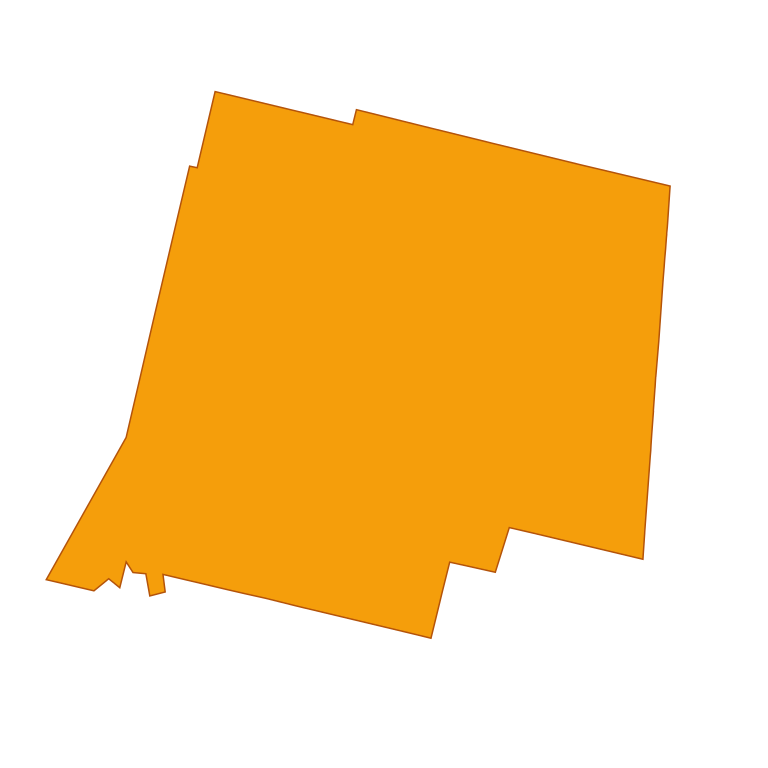 outline of Washington, Arkansas, United States of America, rotated 192°
{"feature_id": "52423323B11717840957677", "entity_name": "Washington", "entity_type": "district", "adm_level": 2, "iso_a3": "USA", "parent_name": "United States of America", "parent_adm1": "Arkansas", "projection": "albers", "projection_center": [-94.296, 35.993], "detail": "fine", "context": "isolated", "style": "filled", "palette": "amber", "viewbox_px": 768, "rotation_deg": 192, "n_neighbors": 0, "source": "geoboundaries", "source_scale": "gbopen_adm2", "svg_char_len": 959}
<svg xmlns="http://www.w3.org/2000/svg" viewBox="0 0 768 768"><g transform="rotate(192 384 384)"><path d="M94.3,266.4L98.0,292.3L98.2,293.4L108.5,368.4L109.2,374.0L110.2,380.3L111.6,390.0L114.8,413.5L115.0,414.0L118.0,435.5L118.2,437.3L119.5,445.9L119.7,447.2L119.7,447.3L119.7,447.9L124.1,482.9L132.6,543.4L134.3,556.6L135.4,564.5L136.6,574.4L138.2,586.0L138.5,588.8L138.8,590.1L139.5,596.3L140.0,600.0L143.9,627.2L144.9,634.2L145.3,637.1L237.8,639.3L328.9,642.0L331.1,642.1L391.1,644.0L468.0,646.6L468.5,631.2L484.1,631.6L610.0,634.9L611.7,556.7L619.4,556.7L620.8,494.3L622.8,400.2L623.9,340.0L625.1,278.1L673.7,122.4L624.7,121.4L612.8,136.3L600.1,129.8L599.2,156.4L590.3,147.4L577.5,148.9L569.0,128.0L554.8,135.1L560.6,151.8L494.7,150.3L477.1,150.0L455.8,149.8L424.5,148.7L417.4,148.5L305.0,145.7L285.2,145.1L284.1,181.5L283.8,192.7L282.7,223.4L236.0,223.0L231.6,269.6L209.1,269.2L94.3,266.4Z" fill="#f59e0b" stroke="#b45309" stroke-width="1.5"/></g></svg>